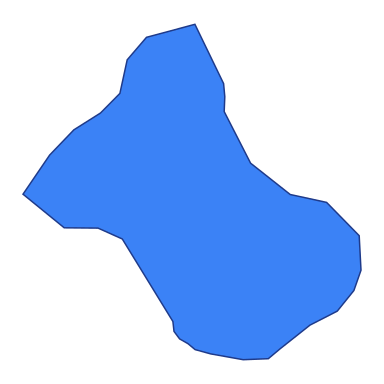 Kiboga, Natural Earth projection
{"feature_id": "UGA-3089", "entity_name": "Kiboga", "entity_type": "District", "adm_level": 1, "iso_a3": "UGA", "parent_name": "Uganda", "parent_adm1": "", "projection": "natural_earth1", "projection_center": [31.973, 0.869], "detail": "fine", "context": "isolated", "style": "filled", "palette": "blue", "viewbox_px": 384, "rotation_deg": 0, "n_neighbors": 0, "source": "natural_earth", "source_scale": "10m", "svg_char_len": 505}
<svg xmlns="http://www.w3.org/2000/svg" viewBox="0 0 384 384"><path d="M337.3,311.1L310.0,325.1L280.1,348.8L268.3,358.7L243.2,359.7L210.7,353.9L195.1,349.6L188.0,343.7L179.6,338.9L174.0,331.4L172.9,321.5L122.3,239.0L98.0,228.1L64.2,227.8L23.0,194.2L49.7,155.0L73.9,129.8L100.5,113.0L119.9,93.4L127.2,59.8L146.5,37.3L194.9,24.3L223.6,83.6L224.8,96.7L224.2,111.6L250.6,163.2L290.2,194.5L326.6,202.4L359.2,235.7L361.0,270.2L353.9,290.5L337.3,311.1Z" fill="#3b82f6" stroke="#1e3a8a" stroke-width="1.5"/></svg>